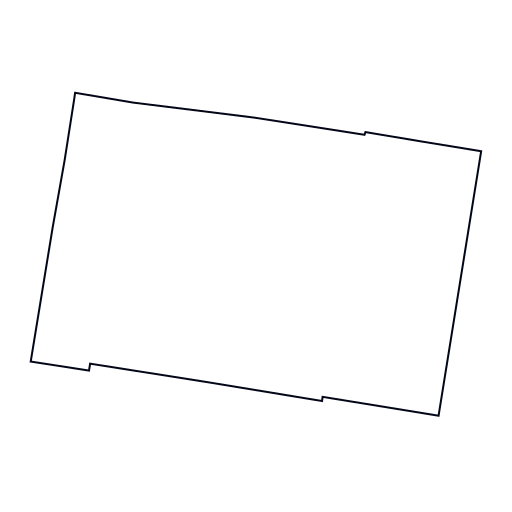 Hubbard, Minnesota, United States of America, rotated 279°
{"feature_id": "52423323B61321967815878", "entity_name": "Hubbard", "entity_type": "district", "adm_level": 2, "iso_a3": "USA", "parent_name": "United States of America", "parent_adm1": "Minnesota", "projection": "natural_earth1", "projection_center": [-94.906, 47.108], "detail": "fine", "context": "isolated", "style": "outline", "palette": "ink", "viewbox_px": 512, "rotation_deg": 279, "n_neighbors": 0, "source": "geoboundaries", "source_scale": "gbopen_adm2", "svg_char_len": 389}
<svg xmlns="http://www.w3.org/2000/svg" viewBox="0 0 512 512"><g transform="rotate(279 256 256)"><path d="M123.8,225.9L123.1,343.9L127.3,343.8L126.8,461.3L327.0,461.8L394.7,462.0L395.0,403.1L395.5,344.7L392.7,344.2L392.4,232.3L388.3,110.8L388.9,51.8L382.0,51.9L320.0,52.0L252.3,50.7L116.5,50.0L116.7,109.0L123.7,109.0L123.8,225.9Z" fill="none" stroke="#020617" stroke-width="2"/></g></svg>